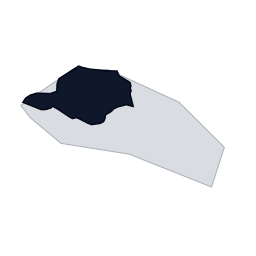 location of Saint Andrew within Dominica, rotated 303°
{"feature_id": "DMA-1432", "entity_name": "Saint Andrew", "entity_type": "Parish", "adm_level": 1, "iso_a3": "DMA", "parent_name": "Dominica", "parent_adm1": "", "projection": "natural_earth1", "projection_center": [-61.355, 15.539], "detail": "fine", "context": "in_parent", "style": "filled", "palette": "ink", "viewbox_px": 256, "rotation_deg": 303, "n_neighbors": 0, "source": "natural_earth", "source_scale": "10m", "svg_char_len": 1211}
<svg xmlns="http://www.w3.org/2000/svg" viewBox="0 0 256 256"><g transform="rotate(303 128 128)"><path d="M164.3,219.3L124.0,230.2L106.7,143.3L78.6,80.2L83.4,40.7L88.5,25.8L147.8,50.0L166.1,79.4L177.4,156.8L164.3,219.3Z" fill="#d9dde1" stroke="#a8b0b8" stroke-width="1"/><path d="M92.3,25.8L97.5,26.0L102.3,28.1L107.6,32.6L114.5,44.1L120.0,48.3L126.4,44.5L131.8,43.3L153.1,52.9L153.8,56.3L156.6,64.0L160.8,72.2L163.2,77.0L169.8,87.8L167.5,91.3L166.8,93.1L167.0,93.8L167.3,104.1L167.2,105.0L166.7,105.4L165.2,107.2L164.7,107.6L164.2,107.8L163.3,107.9L163.2,107.9L163.0,108.0L161.9,109.0L161.2,109.9L160.9,110.3L160.6,110.5L160.4,110.5L160.1,110.4L159.6,110.5L159.4,110.5L159.2,110.4L157.1,111.8L148.9,120.6L146.6,113.8L140.0,107.8L137.5,106.3L135.8,105.4L134.5,105.3L133.2,105.0L131.6,104.4L127.1,102.1L126.6,102.0L126.1,102.1L124.4,103.1L122.6,103.7L120.1,104.0L118.1,103.0L116.5,101.9L111.0,95.6L110.1,91.3L109.1,81.4L108.5,78.9L105.7,76.3L105.4,73.3L105.6,58.7L105.2,53.3L105.0,53.2L104.7,52.7L104.4,52.5L104.1,52.5L103.8,52.6L103.4,52.5L103.2,52.5L102.4,52.1L102.2,52.0L102.1,51.8L101.9,51.3L101.7,51.1L100.2,50.4L97.3,47.1L96.1,44.9L92.3,25.8Z" fill="#0f172a" stroke="#020617" stroke-width="1.5"/></g></svg>